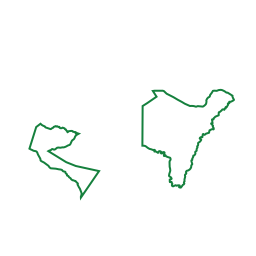 the district of San Jorge, Ocotepeque, Honduras, rotated 213°
{"feature_id": "27666195B23999178125718", "entity_name": "San Jorge", "entity_type": "district", "adm_level": 2, "iso_a3": "HND", "parent_name": "Honduras", "parent_adm1": "Ocotepeque", "projection": "robinson", "projection_center": [-89.114, 14.655], "detail": "fine", "context": "isolated", "style": "outline", "palette": "green", "viewbox_px": 256, "rotation_deg": 213, "n_neighbors": 0, "source": "geoboundaries", "source_scale": "gbopen_adm2", "svg_char_len": 5651}
<svg xmlns="http://www.w3.org/2000/svg" viewBox="0 0 256 256"><g transform="rotate(213 128 128)"><path d="M101.6,178.8L106.7,178.6L114.3,177.8L118.0,178.5L119.1,178.2L123.6,175.3L125.8,173.9L127.3,172.6L121.1,169.8L125.5,159.2L127.7,154.4L106.3,121.0L104.8,121.9L103.5,122.3L102.6,122.3L100.8,122.1L98.6,122.2L96.9,122.8L95.0,123.2L94.2,123.9L93.8,124.1L93.5,124.1L93.3,123.9L93.3,123.6L93.3,123.1L93.2,122.8L93.0,122.7L92.6,122.9L92.3,123.4L92.1,123.5L89.4,123.5L89.2,123.7L89.1,123.9L89.5,124.5L89.5,125.0L89.3,125.4L88.9,125.8L88.1,126.1L87.4,126.1L87.0,125.8L87.0,125.2L86.9,124.9L86.6,124.8L86.2,124.8L85.8,125.1L85.5,125.4L85.5,125.8L85.6,126.4L85.5,126.8L85.0,127.2L84.6,127.4L84.1,127.3L83.8,127.1L83.2,125.0L82.9,124.5L82.6,124.2L82.4,124.2L82.2,124.4L82.3,125.2L82.2,125.4L82.0,125.5L81.6,125.5L80.9,125.1L80.4,125.0L78.4,125.4L76.8,125.9L76.3,125.9L75.6,125.4L75.1,124.7L75.0,124.1L75.0,122.9L74.7,122.2L71.9,118.1L70.6,116.9L69.4,115.4L69.0,114.4L68.4,112.1L67.6,110.3L67.3,110.1L67.0,110.0L65.1,110.0L64.1,109.5L63.9,109.3L63.8,109.0L63.9,108.7L64.6,108.0L64.9,107.5L64.1,106.3L63.7,105.7L63.4,105.5L63.1,105.6L62.5,106.3L62.3,106.4L62.0,106.4L61.3,105.8L60.4,105.3L60.3,105.0L60.2,104.2L59.8,103.7L59.4,103.5L58.9,103.5L58.5,103.6L58.2,103.9L57.5,105.1L56.9,105.9L56.6,106.0L56.1,106.0L55.8,106.1L54.8,107.2L54.0,107.7L53.5,107.9L53.1,107.7L52.9,107.3L53.1,106.6L53.0,106.3L52.8,106.2L52.5,106.2L52.3,106.3L52.1,106.9L51.9,107.0L51.7,107.0L51.5,106.8L51.3,106.8L51.1,107.8L51.0,110.2L50.5,111.1L50.5,112.0L51.1,112.4L51.4,112.7L51.6,113.3L51.5,114.0L52.1,114.8L52.7,115.8L53.5,118.3L54.3,119.1L54.6,119.6L54.7,120.1L54.4,121.0L54.4,121.6L54.7,122.1L55.4,122.6L55.5,123.2L55.5,123.7L55.4,124.1L54.4,125.2L53.7,126.7L53.5,127.9L53.6,129.2L53.8,129.8L54.3,130.6L54.5,131.2L54.5,131.8L54.4,132.5L54.5,132.8L56.5,134.5L56.9,134.9L57.1,135.3L57.1,135.6L56.8,136.0L56.8,136.4L57.4,137.2L57.5,138.9L57.6,139.3L58.0,139.8L58.1,140.2L58.1,140.5L57.7,140.9L57.5,141.4L57.4,142.0L57.4,142.7L57.7,143.5L58.4,144.2L58.6,144.7L58.5,145.2L58.2,145.8L58.1,146.3L58.3,146.8L58.8,147.4L59.0,147.9L59.1,148.4L59.1,149.2L59.2,149.6L59.4,149.8L59.8,150.0L59.9,150.3L60.0,150.6L59.8,151.4L60.0,152.1L60.3,152.6L60.8,153.2L61.0,153.6L60.9,154.2L60.4,155.2L60.2,155.9L60.1,156.9L60.1,157.7L60.3,158.1L60.7,158.3L61.0,158.3L61.5,158.1L61.9,158.2L62.2,158.4L62.3,158.9L62.1,159.6L61.7,160.2L61.4,160.5L60.9,160.6L60.7,160.8L61.8,163.4L61.7,163.8L61.4,164.0L60.6,163.8L60.1,164.0L59.8,164.5L59.5,165.7L57.5,168.1L57.5,168.3L57.8,168.9L58.2,170.0L58.3,170.6L57.8,171.1L57.4,172.1L57.0,172.6L56.4,173.2L55.7,173.3L55.5,173.6L55.7,174.1L56.3,174.7L56.7,174.9L57.3,175.1L57.6,175.3L57.8,175.6L57.9,176.1L58.1,176.3L60.4,176.8L60.6,176.9L60.7,177.2L60.6,177.4L60.4,177.6L59.9,177.6L59.7,177.8L59.7,178.1L61.7,180.3L62.1,180.8L62.1,181.0L61.9,181.3L61.4,181.4L61.1,181.7L61.1,182.2L61.4,182.9L61.1,184.0L60.9,185.1L58.9,188.0L59.0,188.3L59.6,189.2L60.3,190.4L60.3,190.8L59.9,191.2L59.7,191.6L59.1,193.6L58.9,195.0L58.2,195.5L57.5,195.7L57.2,195.8L57.2,196.1L57.5,196.5L57.5,196.9L57.4,197.2L57.0,197.5L56.8,197.7L56.9,198.1L57.3,198.3L57.4,198.7L57.3,199.0L56.8,199.2L56.6,199.4L56.7,200.4L56.7,201.7L56.9,202.1L57.4,202.6L57.5,203.0L57.3,203.4L56.8,203.6L56.6,204.1L56.8,204.5L57.2,204.7L57.3,205.1L57.0,205.4L56.4,205.7L55.8,206.4L54.8,208.2L54.5,209.0L54.5,209.3L54.7,209.5L56.2,210.3L57.8,211.5L57.7,211.9L57.2,212.0L63.7,211.9L64.3,211.5L64.8,211.3L66.8,211.4L68.1,211.3L69.9,211.0L71.0,210.5L72.6,209.2L73.8,207.5L75.8,206.4L76.8,205.6L77.0,205.3L76.9,203.3L77.1,200.6L77.0,200.1L76.7,199.3L76.6,198.8L76.8,198.2L77.2,197.6L77.4,197.0L77.6,195.8L77.5,194.7L77.4,193.9L76.7,193.1L76.1,191.9L75.8,191.1L75.7,190.6L75.8,189.6L76.1,188.5L76.5,187.4L76.9,186.7L81.3,184.4L81.7,184.0L82.2,183.3L82.6,182.9L84.5,182.3L85.4,181.9L86.8,181.1L88.0,180.2L93.6,179.3L96.8,179.2L101.6,178.8ZM129.6,44.0L128.8,76.1L151.1,67.7L161.2,65.7L182.2,65.2L181.7,66.2L180.7,67.4L180.3,68.8L179.9,69.2L178.2,69.6L177.5,70.4L176.7,72.8L175.9,73.6L174.0,74.6L172.4,76.1L171.7,76.5L171.2,76.9L170.1,78.3L168.8,80.7L167.8,82.0L167.6,82.6L167.6,83.4L168.0,85.9L168.1,86.9L167.9,87.7L167.4,88.9L167.3,89.8L167.4,90.7L167.7,92.0L167.7,92.5L167.4,94.1L166.2,96.4L168.3,95.9L168.5,95.7L168.6,95.2L168.9,95.0L169.2,95.2L169.4,95.8L169.7,96.0L172.0,94.9L172.7,95.2L173.4,95.0L174.1,94.6L176.1,92.9L176.3,92.5L176.2,91.9L176.4,91.6L177.0,91.8L177.7,92.3L178.6,92.4L179.3,92.9L179.5,92.9L180.2,92.7L180.5,92.8L180.9,93.1L181.3,93.1L182.2,92.9L183.0,92.7L183.2,92.4L183.4,91.9L183.6,91.7L184.1,91.3L184.7,91.0L185.5,91.0L185.9,91.4L186.2,91.5L186.5,91.4L186.8,91.0L187.2,90.9L188.3,90.9L188.5,90.8L188.7,90.3L189.0,90.1L189.3,90.0L189.7,90.1L189.9,90.0L190.3,89.2L190.9,88.5L190.9,87.6L191.7,86.2L192.0,85.3L192.2,85.0L192.7,84.8L197.4,83.6L197.8,83.6L198.3,83.9L198.8,84.0L200.3,83.7L201.9,83.6L203.7,83.9L205.5,78.8L199.4,57.0L197.7,57.1L196.0,57.4L195.0,57.4L193.0,58.2L192.3,58.4L191.7,58.4L190.6,57.9L189.2,56.8L185.0,54.6L184.4,54.1L183.8,53.3L183.4,53.1L182.7,53.0L179.6,53.3L176.4,53.1L174.6,53.0L173.9,52.9L172.6,52.3L171.2,52.1L170.7,52.2L166.3,54.6L163.7,55.6L161.8,56.5L160.8,56.8L160.4,56.8L159.5,56.5L158.8,56.4L158.1,56.6L157.2,57.0L156.7,57.0L156.4,56.9L155.9,56.3L155.5,56.1L155.1,56.0L154.4,56.0L154.0,55.9L153.8,55.7L153.5,55.2L153.2,55.0L152.8,55.0L152.2,55.2L151.8,55.2L150.5,54.6L148.9,54.6L147.8,54.1L147.1,54.0L146.0,54.0L145.1,54.5L144.1,54.5L143.3,54.9L143.0,54.9L141.8,54.5L140.4,54.3L139.8,54.1L139.6,53.8L139.6,53.3L139.4,53.0L138.6,52.6L136.9,51.6L135.3,50.9L131.6,48.2L131.3,47.9L130.6,46.5L130.1,44.7L129.6,44.0Z" fill="none" stroke="#15803d" stroke-width="2"/></g></svg>